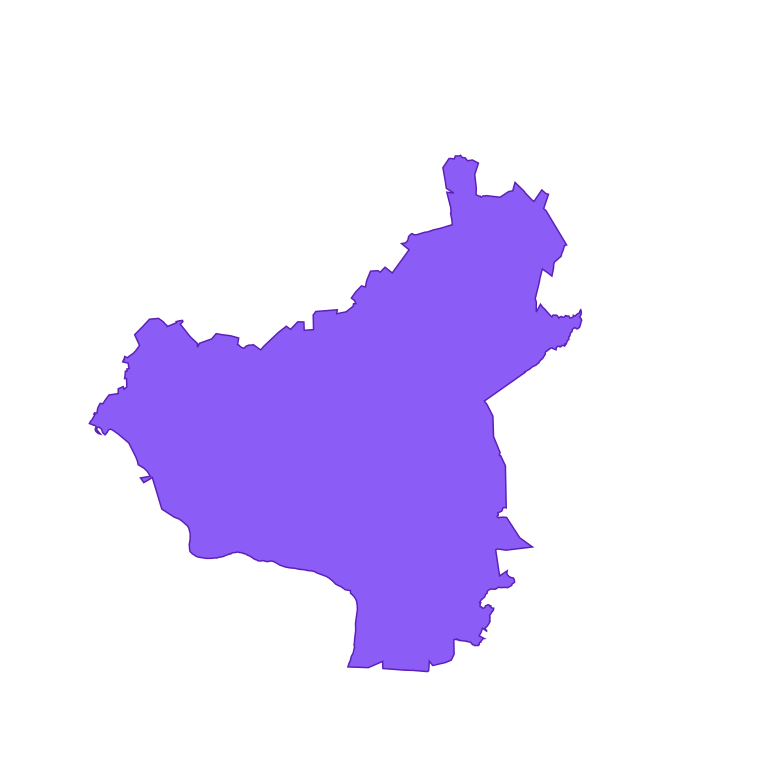 outline of Copainalá, Chiapas, Mexico, rotated 36°
{"feature_id": "50627088B20312620560058", "entity_name": "Copainalá", "entity_type": "district", "adm_level": 2, "iso_a3": "MEX", "parent_name": "Mexico", "parent_adm1": "Chiapas", "projection": "natural_earth1", "projection_center": [-93.236, 17.116], "detail": "fine", "context": "isolated", "style": "filled", "palette": "violet", "viewbox_px": 768, "rotation_deg": 36, "n_neighbors": 0, "source": "geoboundaries", "source_scale": "gbopen_adm2", "svg_char_len": 6170}
<svg xmlns="http://www.w3.org/2000/svg" viewBox="0 0 768 768"><g transform="rotate(36 384 384)"><path d="M168.9,589.2L175.5,587.3L176.3,588.0L176.9,590.4L178.5,591.6L181.8,592.0L184.0,591.2L178.4,589.8L177.7,588.3L177.8,587.3L178.4,586.5L182.1,586.6L185.2,588.8L188.1,589.1L188.4,588.7L188.2,588.2L188.4,587.5L188.5,585.7L188.0,583.4L188.5,582.3L189.3,581.4L191.2,580.8L198.1,580.7L212.2,581.7L225.9,588.8L229.8,591.3L232.6,593.8L239.3,593.2L243.7,593.8L249.2,596.0L242.2,603.1L247.6,605.0L251.6,595.9L277.8,615.8L292.7,615.0L297.0,613.8L300.5,613.6L308.3,614.3L309.6,614.8L311.0,615.5L315.2,619.0L318.5,623.7L320.8,628.4L324.1,632.2L325.2,633.3L326.3,633.7L329.1,634.0L333.4,633.8L335.5,633.2L342.8,629.5L346.4,626.9L349.5,624.0L351.0,623.1L352.4,621.1L355.0,618.5L358.6,612.8L359.5,612.1L360.9,609.2L362.4,608.1L364.0,606.3L365.7,605.3L366.5,605.2L367.7,604.2L370.1,603.7L372.0,602.8L374.3,602.7L376.8,602.0L381.7,601.9L383.7,601.5L384.4,601.1L385.9,601.1L388.0,599.9L389.7,598.1L393.8,596.5L396.9,593.4L398.4,592.7L402.4,592.0L405.8,591.8L411.6,590.1L415.7,588.2L420.4,585.4L424.8,583.5L428.5,581.2L432.9,579.3L434.6,578.0L438.0,576.6L440.7,576.3L450.7,573.5L453.6,573.3L457.7,573.5L462.6,574.3L466.6,573.7L467.9,573.2L473.6,573.2L478.4,570.9L480.0,573.0L482.2,573.1L484.7,573.6L487.5,574.6L489.8,576.1L492.3,578.7L495.1,582.2L501.5,594.2L506.0,600.1L510.5,608.2L512.3,610.9L513.1,612.8L514.0,613.2L514.8,614.2L517.2,619.8L517.7,623.6L519.3,627.6L519.9,630.7L521.1,634.1L538.0,622.7L546.0,609.2L548.9,613.2L550.4,614.8L568.7,603.5L575.9,598.6L588.1,591.2L588.7,589.8L583.6,581.6L588.9,583.1L597.4,573.3L600.7,567.9L599.6,561.5L591.1,550.3L590.9,549.6L591.9,548.8L592.4,547.7L592.9,547.4L593.4,548.0L594.9,546.9L595.3,547.4L602.3,543.4L602.6,543.6L605.6,542.0L606.8,542.2L607.5,542.7L608.5,542.4L609.1,542.8L609.8,542.2L611.4,542.3L612.1,541.4L614.0,540.2L614.2,538.7L613.3,537.6L613.5,536.6L614.1,535.8L613.6,534.2L613.9,532.8L613.8,531.8L614.7,531.0L609.0,531.8L608.5,527.7L607.2,523.7L612.9,523.6L609.3,522.4L609.8,519.4L609.7,515.8L609.2,513.5L608.7,513.7L607.0,510.5L605.6,509.3L605.3,504.8L605.5,502.9L604.6,500.9L602.9,501.8L601.5,501.6L601.0,500.7L600.5,500.8L599.9,501.5L599.6,501.2L598.7,501.0L597.6,501.7L597.1,503.1L596.5,503.8L597.0,504.8L596.6,505.7L596.5,506.8L595.8,507.4L594.1,507.0L592.9,507.6L592.2,507.3L591.5,505.9L591.0,505.6L590.9,504.2L589.8,504.6L589.6,501.5L590.6,497.0L589.8,494.4L590.4,492.6L589.7,491.8L589.5,489.6L591.3,486.6L592.2,486.3L594.8,484.5L596.2,480.9L597.8,480.4L602.0,477.0L603.6,476.3L605.7,471.9L605.2,470.3L606.2,467.8L605.6,466.9L603.9,465.4L602.6,464.9L601.3,465.6L598.6,466.3L595.7,465.7L594.5,464.8L593.5,462.7L590.3,471.3L571.9,452.6L572.4,451.2L573.7,450.2L580.4,446.7L599.9,428.6L584.2,428.6L561.6,419.9L558.9,421.5L556.1,423.8L555.1,425.0L553.4,424.8L553.6,423.1L553.3,422.4L551.8,421.6L554.0,417.5L553.1,414.1L554.6,412.8L555.7,412.4L530.3,378.8L520.5,373.4L520.0,373.9L519.0,373.7L518.3,371.3L503.5,362.1L491.0,346.0L479.3,340.0L475.2,338.8L491.3,291.6L490.7,291.5L493.0,286.6L494.1,282.4L495.9,279.5L496.1,278.1L496.9,275.9L496.5,274.7L496.8,272.1L497.3,270.2L497.0,265.4L496.1,263.9L495.8,262.6L496.8,260.8L496.6,260.1L497.4,258.9L497.1,258.6L497.6,257.3L498.9,255.9L499.6,256.1L503.1,255.2L502.3,253.7L502.0,252.0L502.9,251.0L503.5,250.6L504.3,250.7L505.2,250.0L505.1,248.7L505.8,248.0L507.1,247.1L507.7,247.2L507.9,245.5L506.8,245.5L507.2,244.6L507.7,244.6L507.7,243.9L506.9,241.2L507.4,239.3L505.8,237.4L506.1,237.0L506.0,235.5L504.9,233.6L505.3,231.1L504.3,229.1L505.1,226.3L507.5,226.1L508.2,225.6L508.8,223.4L508.7,222.3L508.2,221.5L507.6,219.2L507.1,218.8L506.5,216.2L504.9,215.2L503.0,214.9L502.5,211.7L501.3,209.7L499.5,208.3L499.4,208.8L500.3,212.0L499.7,212.6L499.2,213.9L498.7,216.6L496.8,217.2L497.6,218.4L496.8,220.1L495.7,221.3L493.6,220.4L491.9,221.8L491.6,221.5L490.5,222.1L490.7,222.6L490.3,224.4L489.6,224.8L487.9,225.0L487.0,226.3L486.8,227.9L484.2,226.9L482.9,227.0L481.2,228.4L480.3,228.7L480.4,230.9L478.3,230.8L470.2,229.0L467.0,228.6L463.7,227.5L464.9,236.3L459.0,228.1L456.2,226.1L450.2,211.3L448.0,206.7L444.5,197.9L451.8,197.8L456.4,198.0L452.9,190.3L451.5,188.3L450.2,185.5L452.2,176.6L451.0,173.8L450.5,171.1L448.7,166.1L450.0,164.2L413.1,148.5L410.1,148.3L405.6,133.9L402.6,134.8L397.6,134.2L398.0,148.2L395.2,148.1L385.9,146.4L384.1,145.7L371.5,143.9L374.6,152.1L371.8,154.9L368.1,164.7L356.0,171.5L355.0,172.7L353.7,173.4L353.0,175.6L352.1,175.9L351.5,175.5L351.0,176.0L347.2,176.8L343.9,171.7L334.3,161.2L330.6,149.8L323.9,150.8L320.3,154.3L316.7,153.3L314.2,154.8L311.5,154.0L310.6,155.5L307.7,157.5L308.5,160.6L305.3,162.4L304.1,163.4L304.5,174.4L314.6,184.1L319.4,189.1L328.3,188.5L322.1,191.9L334.2,202.0L337.9,206.3L337.5,206.7L343.1,212.0L345.6,215.0L338.0,225.0L333.3,230.4L330.1,235.1L327.7,237.4L322.6,244.1L320.7,245.6L318.3,245.8L317.7,246.8L317.2,250.2L318.4,252.7L318.8,254.7L318.7,256.2L318.0,257.7L315.7,260.1L325.4,260.7L325.4,289.3L316.2,288.9L315.2,295.8L312.5,295.9L306.8,300.6L309.2,310.5L311.9,316.4L308.1,317.9L307.0,326.4L307.1,333.7L311.2,333.8L314.0,335.5L312.2,337.0L313.3,339.3L310.9,347.9L304.4,355.0L302.6,351.4L286.1,365.5L286.3,367.8L286.1,369.7L295.0,381.4L287.9,387.5L282.7,380.9L277.7,384.4L276.3,394.7L271.0,394.7L268.1,405.1L264.6,424.1L264.2,428.9L255.0,429.0L254.4,430.1L251.9,431.9L250.7,433.6L250.2,434.6L249.8,437.2L249.5,437.5L248.1,437.9L246.1,438.3L243.7,437.8L242.4,438.2L239.4,432.2L231.4,435.2L224.0,439.3L218.6,441.9L218.1,448.8L210.8,459.5L211.4,463.9L209.2,460.9L199.2,459.6L184.0,455.3L184.7,451.8L183.6,451.0L181.3,453.1L179.2,455.7L180.1,456.0L179.8,456.9L174.8,465.0L173.8,464.2L171.8,464.1L169.1,463.4L163.1,463.4L156.2,469.4L155.0,479.6L153.3,490.7L163.6,496.5L163.6,503.3L163.2,506.3L160.8,513.6L158.0,514.2L159.4,516.8L159.0,516.8L159.6,519.7L164.8,517.5L167.1,520.0L168.7,521.2L167.2,523.1L168.6,524.6L167.2,525.6L170.0,530.1L170.9,532.1L172.5,531.0L177.6,537.4L176.7,541.1L174.5,539.4L171.8,544.1L174.6,548.0L168.0,554.5L167.9,559.8L168.1,565.2L165.7,566.6L166.6,571.9L168.9,576.4L166.8,577.4L166.9,578.9L168.1,578.6L168.8,584.7L168.5,586.6L168.9,589.2Z" fill="#8b5cf6" stroke="#5b21b6" stroke-width="1.5"/></g></svg>